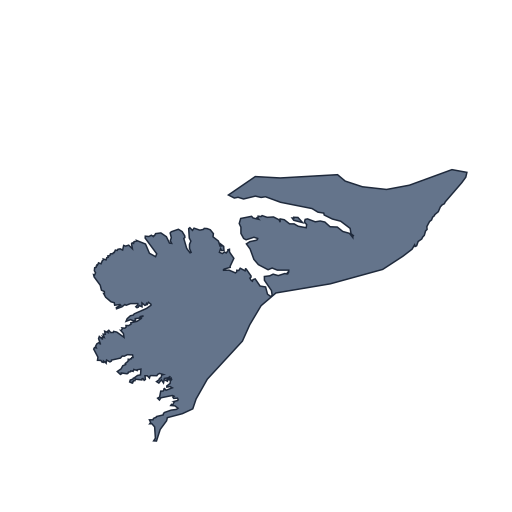 Gamvik nor, Finnmark, Norway (Albers equal-area conic projection), rotated 223°
{"feature_id": "86288312B53598341368845", "entity_name": "Gamvik nor", "entity_type": "district", "adm_level": 2, "iso_a3": "NOR", "parent_name": "Norway", "parent_adm1": "Finnmark", "projection": "albers", "projection_center": [28.071, 70.766], "detail": "fine", "context": "isolated", "style": "filled", "palette": "slate", "viewbox_px": 512, "rotation_deg": 223, "n_neighbors": 0, "source": "geoboundaries", "source_scale": "gbopen_adm2", "svg_char_len": 6018}
<svg xmlns="http://www.w3.org/2000/svg" viewBox="0 0 512 512"><g transform="rotate(223 256 256)"><path d="M158.8,461.0L171.6,452.8L192.1,412.4L205.9,393.7L225.4,379.2L241.9,371.6L251.8,371.1L291.5,329.6L310.7,313.6L317.8,281.8L311.4,283.6L309.2,286.7L304.0,289.2L297.3,299.4L292.2,302.3L289.5,305.8L274.7,312.0L247.4,328.9L240.6,330.3L235.7,333.6L234.1,332.5L225.4,335.1L217.8,339.2L206.0,340.4L201.7,337.1L198.7,337.3L198.7,337.1L199.1,337.0L199.2,336.9L197.8,335.5L203.1,336.3L209.3,333.1L216.3,332.6L221.8,327.9L228.8,327.8L232.9,325.4L236.0,321.4L243.6,318.3L245.0,316.3L243.7,313.9L240.3,313.5L238.6,310.9L245.5,306.5L250.0,305.5L253.4,302.4L260.1,301.8L263.6,299.6L261.4,297.2L263.8,298.2L269.8,296.5L274.2,291.9L279.1,289.7L279.2,288.3L281.6,286.6L280.9,285.9L281.4,284.9L279.0,284.7L284.0,281.8L286.3,282.0L292.8,273.0L290.4,268.3L286.7,266.8L282.4,262.2L277.0,260.4L274.3,261.1L270.3,268.3L266.7,270.0L266.2,269.0L266.5,267.7L270.3,262.3L271.3,258.3L265.1,257.1L255.3,252.1L248.4,251.3L237.8,254.2L236.0,258.2L230.8,260.2L222.4,268.0L221.1,266.5L220.9,265.5L221.4,265.5L221.0,264.9L221.5,264.9L221.1,264.0L223.0,262.8L226.4,256.8L231.1,254.4L232.4,250.9L235.9,246.7L233.3,244.0L221.2,241.3L217.4,238.3L217.4,236.5L221.5,235.9L227.9,239.9L232.5,236.8L241.0,238.7L242.1,236.7L241.4,235.1L243.0,234.9L245.4,235.6L245.2,237.1L246.0,238.0L254.4,239.8L254.9,239.5L253.9,237.7L259.2,236.3L258.7,233.6L260.3,232.5L259.3,231.3L259.5,229.6L266.0,227.3L270.0,223.4L270.5,223.9L270.3,224.9L267.1,230.1L267.9,230.8L270.6,239.2L278.0,240.8L280.0,242.8L280.8,241.4L280.2,241.0L279.8,238.0L281.8,237.3L282.2,234.9L285.3,233.7L286.9,237.2L284.9,236.5L283.2,238.2L286.2,241.0L289.6,240.7L288.1,239.8L289.1,238.7L293.7,241.3L300.5,240.7L302.4,243.3L307.3,244.0L310.5,242.7L312.7,240.9L312.6,239.6L314.7,236.6L320.3,234.1L319.9,231.4L323.7,231.6L323.9,230.1L317.0,223.6L313.8,222.5L312.6,219.2L309.8,216.2L305.9,214.4L306.4,213.3L311.9,214.3L320.8,219.6L320.6,221.0L321.8,222.1L326.6,223.5L331.0,222.6L334.5,216.0L334.5,214.3L330.4,211.6L329.1,208.7L326.3,207.7L328.1,206.4L334.7,209.0L341.3,208.0L344.7,203.9L344.1,201.5L344.8,200.7L344.5,200.1L346.7,199.8L347.6,197.2L350.5,195.0L349.3,193.5L330.1,189.9L329.0,187.0L335.8,185.3L345.0,189.4L353.5,186.1L353.1,186.0L355.0,183.3L354.1,181.7L355.5,181.2L355.4,180.1L351.3,177.0L356.5,177.1L358.1,174.3L360.0,173.5L357.6,169.4L360.2,168.6L361.6,166.7L361.3,165.4L362.9,164.4L362.0,161.8L362.6,161.3L362.3,160.0L363.9,158.3L363.2,156.6L364.4,155.0L363.2,154.3L364.0,153.0L363.0,150.9L365.5,149.7L365.0,149.5L365.2,147.8L364.0,144.6L366.5,143.6L365.9,141.9L366.3,141.1L365.6,140.7L366.0,139.8L365.2,138.7L366.0,137.4L364.2,135.0L361.9,134.3L361.1,132.0L362.1,131.6L360.1,130.3L350.0,128.4L345.7,125.6L342.7,126.6L341.1,125.0L341.7,124.6L337.8,123.3L330.8,123.6L327.8,125.2L325.8,123.6L322.4,127.8L321.3,127.7L323.0,123.1L322.0,122.3L319.4,127.4L318.8,131.1L317.4,131.4L315.3,135.6L310.0,140.6L309.1,139.8L309.3,136.9L307.8,137.0L307.2,138.2L307.5,140.2L304.7,141.1L307.4,143.9L303.6,144.1L303.0,145.4L303.6,146.2L303.7,146.9L302.5,146.7L303.1,148.8L299.9,149.1L299.2,148.3L300.3,143.0L305.6,130.7L305.5,129.0L307.1,126.7L307.5,122.3L306.5,119.6L304.3,124.0L301.2,125.0L300.4,127.0L301.6,127.9L298.3,131.8L299.0,131.9L298.9,132.4L298.9,132.6L298.6,132.8L298.6,133.1L299.0,132.6L299.0,132.1L299.4,132.7L297.5,135.6L298.3,132.3L297.3,132.1L298.4,127.1L302.0,121.8L300.9,120.8L301.7,118.2L303.7,116.5L302.5,115.5L302.7,113.7L305.0,112.0L304.1,111.7L303.8,109.6L304.2,109.3L300.1,108.9L297.1,106.5L305.9,105.4L308.7,103.8L308.2,102.8L310.1,100.9L313.0,101.3L313.2,99.8L311.9,99.1L315.4,97.8L312.9,96.0L314.5,94.6L311.5,93.0L313.2,92.5L312.2,92.2L313.0,91.1L311.2,90.4L315.7,90.3L314.8,88.2L309.3,85.3L311.8,85.6L312.5,83.3L311.8,80.7L310.1,79.9L311.7,78.9L311.2,77.2L302.6,74.2L300.8,71.6L298.3,73.8L295.5,73.3L296.1,73.7L295.0,74.2L295.9,75.2L292.7,75.4L294.4,76.6L293.2,76.4L294.3,78.0L290.6,78.9L290.1,80.5L290.7,81.3L285.5,88.9L285.6,91.6L284.0,92.9L282.8,96.1L278.8,99.5L276.7,97.9L277.6,96.9L277.1,95.8L277.8,95.1L277.7,93.8L279.0,93.4L277.8,91.6L278.3,88.2L277.3,87.7L278.6,84.9L277.7,81.5L278.7,76.9L274.4,76.9L274.0,78.1L274.7,78.6L270.0,81.9L269.6,82.9L270.1,83.9L268.8,85.9L269.2,86.6L267.6,87.6L268.0,87.7L267.4,88.8L268.0,89.7L264.8,91.2L265.3,91.8L263.0,94.8L259.4,90.3L261.2,87.8L261.8,84.5L261.4,84.1L262.4,83.1L262.1,82.0L263.4,79.5L262.5,77.7L260.1,78.5L259.7,78.8L260.5,79.7L260.0,80.2L260.5,81.2L259.5,82.2L260.1,83.7L255.0,87.5L255.6,88.3L255.2,89.3L253.0,88.8L252.7,90.3L255.5,92.7L253.8,94.3L250.7,94.1L251.6,95.7L251.4,96.8L246.9,100.8L247.1,102.6L246.4,104.4L242.9,106.1L243.8,104.7L242.6,102.4L243.1,100.6L242.5,99.3L243.1,96.3L240.4,96.8L240.8,100.9L237.1,100.1L239.5,104.0L237.7,106.3L236.4,104.6L237.9,103.2L235.4,104.0L237.3,105.9L236.7,109.6L236.1,107.6L236.2,105.6L235.0,106.0L234.7,108.8L233.4,108.1L233.4,106.2L231.9,104.2L232.6,100.1L231.8,99.3L229.8,101.9L227.3,102.5L230.2,96.5L232.5,96.7L232.7,95.8L231.9,95.2L231.9,93.8L233.5,92.2L230.3,87.1L231.0,84.9L228.4,84.8L228.8,87.5L222.1,96.9L220.6,97.6L220.2,97.6L220.6,96.1L219.1,95.7L216.5,98.5L215.0,97.9L214.7,96.9L216.7,93.8L216.1,94.1L216.1,92.2L215.5,91.2L215.6,89.9L216.6,89.8L216.4,88.5L213.1,91.1L209.2,91.5L209.6,89.5L212.9,85.5L216.2,79.2L216.3,77.9L215.5,76.5L219.3,70.7L219.0,70.1L220.2,67.3L219.6,66.0L222.2,63.5L219.5,62.4L219.3,60.8L217.8,62.3L213.6,61.9L205.3,54.1L204.8,51.0L202.6,52.8L207.8,63.9L209.0,74.5L210.6,77.3L202.3,90.5L198.0,101.1L202.3,110.6L207.6,132.7L207.9,184.5L213.7,201.5L218.4,223.1L216.2,242.6L182.7,286.3L154.2,332.6L148.4,356.0L146.5,367.4L147.6,372.3L146.1,371.5L145.5,373.0L147.3,377.2L146.4,381.5L147.0,383.4L147.0,385.9L149.1,390.0L149.0,392.1L151.1,394.0L152.6,399.6L152.2,402.1L153.3,404.8L153.0,407.2L153.5,408.0L152.9,412.7L154.7,417.7L154.7,420.5L153.9,422.7L154.5,424.6L155.5,450.0L156.3,456.7L158.8,461.0ZM255.5,308.4L252.7,307.9L244.7,312.2L251.6,312.8L254.8,310.1L254.2,309.6L255.5,308.4Z" fill="#64748b" stroke="#1e293b" stroke-width="1.5"/></g></svg>